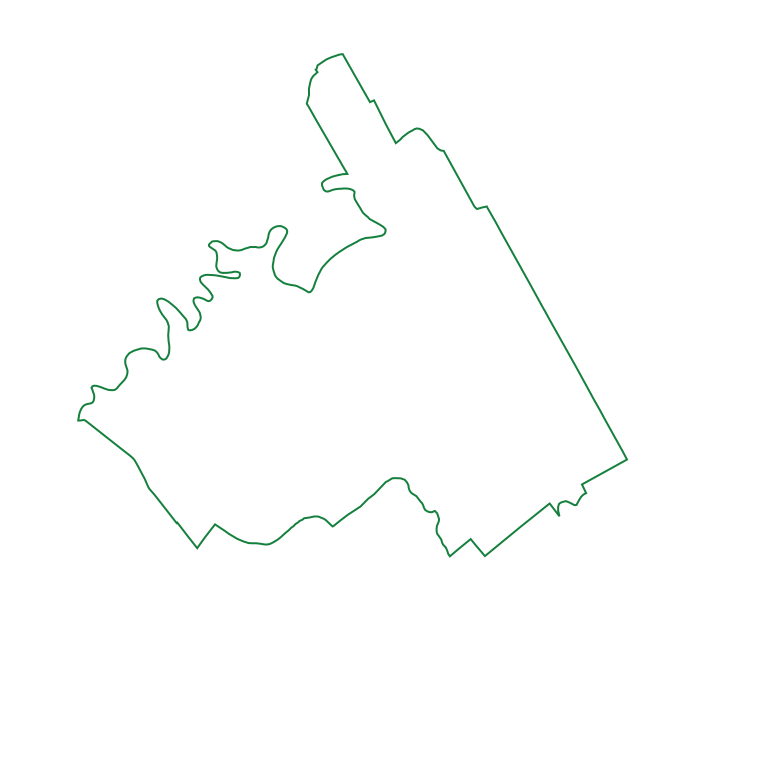 Andrasesti, Ialomita, Romania, rotated 126°
{"feature_id": "2599482B59436484674817", "entity_name": "Andrasesti", "entity_type": "district", "adm_level": 2, "iso_a3": "ROU", "parent_name": "Romania", "parent_adm1": "Ialomita", "projection": "orthographic", "projection_center": [27.141, 44.59], "detail": "fine", "context": "isolated", "style": "outline", "palette": "green", "viewbox_px": 768, "rotation_deg": 126, "n_neighbors": 0, "source": "geoboundaries", "source_scale": "gbopen_adm2", "svg_char_len": 6166}
<svg xmlns="http://www.w3.org/2000/svg" viewBox="0 0 768 768"><g transform="rotate(126 384 384)"><path d="M593.3,609.9L592.4,608.7L592.1,608.3L590.8,607.0L589.4,605.5L589.3,605.1L589.1,603.9L589.2,601.4L589.6,591.1L589.7,588.4L590.0,581.1L590.2,576.0L590.9,558.1L591.2,548.8L591.3,546.9L591.5,544.5L591.6,543.7L591.9,542.4L592.0,541.6L592.6,540.3L593.6,537.9L595.6,533.7L597.7,529.4L599.7,525.4L600.4,523.8L601.8,521.1L604.9,515.9L605.8,514.3L606.2,513.5L606.8,512.0L608.4,505.1L609.9,499.6L614.6,483.2L618.4,470.0L617.6,469.8L618.8,465.6L622.1,454.6L626.6,438.6L621.2,438.7L612.8,438.7L596.9,438.2L596.4,426.7L596.4,421.3L595.5,411.6L594.0,405.2L592.3,400.1L590.6,397.4L588.1,394.0L586.5,391.2L583.6,385.6L581.8,383.4L580.3,382.2L578.7,381.3L576.0,380.0L572.0,378.4L568.3,377.4L562.4,376.2L558.3,375.1L555.0,374.6L551.9,373.6L549.3,373.3L546.9,372.3L544.4,371.8L541.7,370.2L539.5,369.7L538.1,368.2L535.5,365.5L532.5,362.9L530.9,360.9L529.8,359.0L529.1,356.3L528.4,353.4L528.3,351.2L529.5,341.9L528.8,341.5L528.0,341.2L520.1,339.1L511.1,336.4L496.9,331.0L486.5,329.4L478.7,327.1L462.1,324.9L460.6,324.0L455.4,321.9L453.5,319.5L450.6,315.2L450.2,314.1L449.3,311.0L450.1,307.6L451.5,304.8L453.4,303.1L455.2,300.6L455.7,299.2L456.1,297.6L455.7,291.9L457.6,285.4L458.1,283.0L459.1,281.0L460.4,279.3L461.6,276.9L461.6,274.2L460.9,271.9L459.9,270.3L458.9,269.4L458.0,269.1L456.8,268.2L457.4,264.9L460.9,260.1L463.0,258.9L467.6,257.8L470.0,256.5L472.4,254.7L473.9,252.9L475.7,247.5L476.4,245.9L478.2,243.7L479.2,241.8L479.9,238.0L481.6,235.0L483.6,232.3L484.7,229.4L473.6,226.7L458.9,222.8L458.5,222.7L460.3,215.9L463.9,201.2L419.4,189.6L384.6,180.1L383.3,179.7L387.9,164.3L384.2,168.6L381.2,170.8L378.3,171.9L376.3,171.4L374.3,170.1L371.8,167.9L370.8,163.9L370.1,159.1L369.6,158.0L368.6,157.2L362.5,158.0L359.2,158.2L356.8,157.8L354.9,157.1L353.5,156.3L348.9,164.8L302.3,143.0L298.7,150.3L287.4,174.6L282.7,184.7L278.2,194.0L273.0,205.5L266.8,218.5L256.7,239.9L248.0,258.8L235.2,286.6L230.6,296.3L229.0,299.9L218.1,323.0L192.3,378.6L187.6,388.4L180.6,404.0L180.0,405.2L183.6,408.4L186.3,410.5L187.8,411.6L187.5,414.3L187.1,415.6L160.3,472.7L161.7,475.3L162.0,479.3L157.1,494.9L155.9,501.6L156.8,505.5L158.0,507.7L159.9,509.1L161.7,509.8L166.2,512.0L173.2,514.1L176.8,514.5L182.2,516.0L173.2,534.4L160.4,558.8L164.2,561.0L157.4,576.1L141.4,611.3L143.7,613.7L149.7,618.0L151.4,619.1L155.3,621.4L165.2,625.0L169.0,623.7L169.9,624.0L170.8,621.1L176.6,622.3L180.0,622.1L182.7,621.2L189.2,618.3L194.3,614.5L202.7,611.2L203.7,608.5L210.2,594.3L233.5,541.9L234.6,539.1L235.6,537.1L238.6,540.8L244.0,545.6L246.7,547.7L252.3,551.0L255.8,552.1L257.9,552.2L259.7,550.9L260.8,549.3L261.6,548.0L262.4,546.5L262.3,544.5L262.0,543.5L260.9,542.2L259.7,541.3L257.3,539.8L255.3,538.1L253.1,535.8L250.6,532.7L249.5,531.5L247.8,529.1L247.0,527.7L246.3,526.3L245.6,523.9L245.5,522.1L245.8,520.8L247.4,519.8L248.8,519.2L250.4,517.7L251.7,516.1L253.3,512.5L255.8,506.3L257.0,503.7L257.9,501.4L258.3,497.9L258.4,495.3L259.0,492.5L257.6,481.8L257.3,477.3L257.6,475.0L258.2,473.4L259.4,472.6L261.0,472.0L262.7,471.9L265.1,472.9L267.8,475.3L270.0,477.4L272.2,479.6L276.7,484.7L280.1,487.2L281.9,488.3L284.7,489.4L294.6,494.3L296.7,495.2L301.2,496.9L303.2,497.7L308.0,499.3L314.4,500.9L319.6,501.7L325.5,502.3L328.3,502.2L331.1,501.7L333.7,501.4L341.8,499.5L344.8,498.5L347.9,497.6L350.4,497.4L351.8,497.4L353.2,497.9L354.0,498.7L354.2,499.8L354.7,505.1L355.9,511.9L357.0,514.6L358.5,517.3L360.4,521.7L361.3,524.7L361.3,527.0L361.4,528.6L361.3,530.3L361.4,531.7L361.0,533.6L360.5,535.0L360.2,535.9L359.6,536.9L358.6,538.0L357.9,539.2L355.2,542.4L353.4,543.7L349.3,545.7L346.7,547.1L340.3,548.9L337.2,549.4L333.6,549.6L330.7,549.7L324.3,550.2L319.2,551.1L317.9,551.7L316.7,552.6L316.0,554.3L316.0,556.2L316.4,558.7L317.0,560.5L319.1,563.1L320.9,564.4L322.8,565.4L325.3,566.1L327.6,566.1L330.2,565.5L333.8,563.7L339.7,561.8L343.3,562.4L345.2,563.5L346.5,564.7L347.7,566.3L348.6,568.4L350.4,570.7L351.5,572.4L356.4,576.2L358.6,577.5L360.7,579.2L362.1,580.9L363.6,583.5L364.5,585.4L365.0,587.9L365.5,589.7L365.6,592.1L365.3,594.4L365.2,598.1L365.7,601.0L366.4,602.8L368.1,605.1L369.6,606.7L372.5,607.4L374.1,607.5L375.1,606.8L375.4,605.3L375.2,598.7L376.2,596.6L379.6,593.4L381.4,592.2L383.7,591.1L386.9,589.2L387.8,588.5L389.4,586.0L390.0,584.4L390.0,582.1L389.0,579.9L386.6,576.6L383.4,573.1L381.3,571.3L380.1,569.6L379.2,567.8L379.0,565.9L380.4,564.6L382.5,564.0L384.1,564.4L386.0,566.6L387.7,569.2L389.0,571.1L390.3,574.2L394.2,582.4L395.7,585.2L399.0,590.3L400.3,592.1L401.9,593.5L404.3,594.9L405.6,595.2L406.7,594.9L407.7,594.2L408.5,593.3L409.3,592.0L409.8,589.9L410.1,588.1L410.3,586.6L411.0,581.8L412.0,578.3L413.0,575.9L413.5,574.6L414.6,573.6L416.5,573.3L418.4,573.5L419.4,574.0L420.3,574.9L420.7,576.6L421.1,579.7L422.1,583.0L423.0,585.0L424.1,586.6L426.3,588.0L428.5,587.2L429.8,585.9L430.9,584.2L431.7,582.5L433.9,576.6L434.6,575.0L436.0,573.3L437.6,571.6L439.2,570.6L440.9,570.1L442.8,570.0L445.6,569.3L447.4,569.2L449.2,569.4L450.8,569.8L453.0,570.9L454.6,572.5L455.3,573.9L454.7,575.0L453.1,576.7L449.7,579.4L448.0,582.2L445.7,592.2L444.7,597.1L444.3,602.5L444.1,607.1L444.6,611.5L445.6,614.2L447.7,616.1L450.1,616.3L452.1,614.7L454.9,611.0L456.5,608.1L458.1,604.4L460.2,597.3L461.9,594.4L464.0,591.8L471.6,587.1L476.0,583.4L478.8,580.6L480.9,578.9L484.6,576.5L486.7,575.7L489.1,575.2L491.5,575.1L493.0,575.8L494.3,577.3L494.4,579.8L493.9,582.0L492.7,583.9L491.8,586.5L491.6,588.9L492.5,591.8L494.6,596.3L495.9,598.6L497.9,601.2L502.0,604.4L504.1,605.9L506.8,607.3L509.0,608.2L512.4,608.4L514.6,608.2L516.9,607.3L519.6,605.2L521.2,603.1L522.8,600.8L524.1,599.2L526.2,597.9L527.4,597.4L529.8,596.6L532.4,596.4L534.2,596.5L536.6,596.8L539.4,597.2L541.7,597.4L544.3,597.5L545.5,597.8L547.0,598.4L548.1,599.4L549.4,601.2L550.5,603.0L551.2,604.9L552.1,607.7L552.9,610.9L553.7,613.4L554.5,615.5L555.8,617.6L557.4,618.6L559.0,618.4L559.8,616.9L560.9,615.5L563.0,612.4L564.1,611.3L565.7,610.2L567.3,609.4L569.1,608.9L570.9,609.1L572.9,610.6L574.7,612.4L577.3,614.0L579.8,614.4L582.2,614.3L585.8,613.5L588.8,612.2L590.3,611.4L593.3,609.9Z" fill="none" stroke="#15803d" stroke-width="2"/></g></svg>